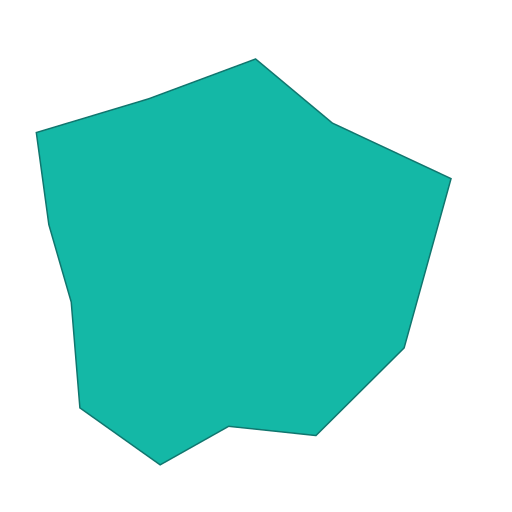 outline of Békéscsaba, rotated 83°
{"feature_id": "HUN-4919", "entity_name": "Békéscsaba", "entity_type": "Urban county", "adm_level": 1, "iso_a3": "HUN", "parent_name": "Hungary", "parent_adm1": "", "projection": "equal_earth", "projection_center": [21.092, 46.759], "detail": "fine", "context": "isolated", "style": "filled", "palette": "teal", "viewbox_px": 512, "rotation_deg": 83, "n_neighbors": 0, "source": "natural_earth", "source_scale": "10m", "svg_char_len": 322}
<svg xmlns="http://www.w3.org/2000/svg" viewBox="0 0 512 512"><g transform="rotate(83 256 256)"><path d="M203.0,53.0L365.3,120.2L441.5,218.4L421.7,303.9L451.6,376.6L385.3,449.3L279.2,445.0L199.6,457.8L106.7,459.0L86.9,343.5L60.4,232.4L133.4,164.0L203.0,53.0Z" fill="#14b8a6" stroke="#0f766e" stroke-width="1.5"/></g></svg>